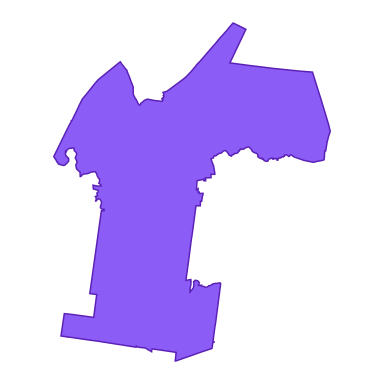 Calugareni, Giurgiu, Romania (Mercator projection)
{"feature_id": "2599482B39711091097472", "entity_name": "Calugareni", "entity_type": "district", "adm_level": 2, "iso_a3": "ROU", "parent_name": "Romania", "parent_adm1": "Giurgiu", "projection": "mercator", "projection_center": [25.989, 44.147], "detail": "fine", "context": "isolated", "style": "filled", "palette": "violet", "viewbox_px": 384, "rotation_deg": 0, "n_neighbors": 0, "source": "geoboundaries", "source_scale": "gbopen_adm2", "svg_char_len": 5821}
<svg xmlns="http://www.w3.org/2000/svg" viewBox="0 0 384 384"><path d="M175.2,360.9L175.7,361.0L201.6,351.9L211.6,348.6L211.9,348.5L212.0,348.3L212.8,342.9L213.1,342.6L214.1,342.2L214.1,341.9L213.1,342.2L212.9,342.1L215.1,325.5L215.5,323.6L220.7,283.7L220.2,283.0L219.4,282.8L217.4,283.4L215.9,283.3L213.9,283.8L213.0,283.8L210.8,285.3L210.4,285.5L208.8,285.7L207.8,286.7L206.8,287.1L204.9,287.2L204.0,286.5L202.2,286.3L201.6,286.1L201.6,285.2L198.5,285.4L199.3,282.9L198.8,281.9L197.9,280.9L195.2,280.2L193.5,281.9L193.9,283.3L193.6,286.7L193.2,288.2L190.0,292.0L190.0,289.4L190.9,284.4L191.0,281.1L190.6,281.1L190.8,279.5L185.9,280.4L188.4,262.4L191.4,238.9L191.8,236.9L192.8,229.8L196.0,205.7L200.0,205.9L200.1,205.6L200.3,205.6L200.5,201.2L201.7,201.3L202.5,195.9L203.0,194.8L202.9,193.8L203.0,193.3L199.4,193.5L199.3,192.1L198.1,192.1L198.1,188.9L197.1,189.9L196.5,190.0L196.5,188.6L196.7,187.4L196.7,185.0L196.9,182.6L197.2,180.6L201.1,179.9L204.0,179.1L203.9,179.7L203.8,180.7L205.7,180.8L205.6,178.8L205.5,177.9L211.0,177.7L211.0,174.3L214.8,174.3L214.8,173.0L213.5,165.4L213.3,165.3L211.0,159.0L211.7,158.6L212.7,158.2L213.5,157.8L213.6,157.7L213.5,156.9L213.9,156.2L214.6,155.7L215.5,155.9L215.9,155.8L216.6,155.3L217.0,154.7L218.0,154.3L218.7,153.7L219.4,153.4L220.6,153.3L222.0,152.5L222.4,152.1L222.8,151.4L223.2,151.1L223.5,151.0L224.6,150.7L225.4,150.7L226.0,150.9L226.3,151.1L228.3,153.6L229.2,155.2L229.5,155.4L230.6,155.5L231.2,156.2L231.4,156.2L231.6,156.0L231.9,155.4L232.2,154.9L233.0,154.6L233.8,154.5L234.3,153.8L234.5,153.5L234.9,153.4L235.7,153.5L236.0,153.5L237.0,153.0L237.7,152.9L237.8,152.8L238.5,151.8L238.6,150.9L239.4,151.0L239.5,150.9L239.7,150.6L240.0,149.4L240.4,149.0L240.7,148.9L241.0,148.9L241.6,149.3L241.8,149.4L242.2,149.3L242.6,149.1L243.0,149.0L243.9,149.1L244.1,148.9L244.3,148.5L244.7,148.2L245.6,147.9L246.5,147.4L248.6,147.0L249.2,147.2L249.9,147.9L251.2,149.3L251.7,150.0L252.0,150.9L252.5,151.5L253.9,152.4L256.7,153.5L257.3,154.0L257.8,154.8L257.9,155.6L257.7,156.1L257.7,156.4L258.0,156.9L259.4,157.9L260.5,158.4L261.3,158.6L261.9,158.1L262.1,158.5L262.2,159.0L262.4,159.3L263.4,159.1L263.6,159.6L263.9,160.3L264.1,160.5L265.2,161.0L266.2,161.3L267.2,161.3L267.9,161.0L268.1,160.8L268.3,160.5L268.5,159.8L268.9,159.1L269.2,158.9L270.3,158.6L272.6,158.1L273.1,158.2L272.7,159.0L272.9,159.2L273.4,159.2L274.4,158.7L274.7,158.6L276.6,158.7L276.9,158.9L276.8,160.0L277.1,160.1L277.8,160.2L278.1,158.7L278.4,158.2L278.8,158.1L280.3,158.0L281.0,157.8L281.3,157.5L281.7,156.9L281.9,156.7L282.1,156.7L283.2,157.0L283.8,156.7L284.4,156.2L284.4,155.2L284.5,155.0L285.7,155.1L286.4,154.9L287.4,155.3L288.4,156.1L289.0,156.5L289.3,156.3L290.4,155.0L291.0,154.8L291.4,154.9L292.3,155.7L293.6,156.6L295.1,157.3L304.0,160.4L313.3,162.3L318.1,161.2L322.0,160.5L324.1,159.8L324.2,158.2L324.5,156.6L324.4,155.1L324.7,152.6L324.7,150.9L325.7,150.9L327.1,142.2L328.7,135.9L330.0,132.4L330.2,131.0L328.6,124.5L325.5,114.2L321.9,102.3L320.8,98.6L318.7,92.1L318.0,89.8L312.5,72.1L298.5,71.0L272.4,68.3L248.8,65.4L229.9,62.9L245.9,29.3L233.2,23.0L232.6,23.5L228.6,28.1L227.2,30.0L220.4,37.5L218.2,40.1L217.5,41.0L215.2,43.8L213.1,46.1L200.0,61.3L197.9,63.4L197.3,64.1L196.3,65.1L195.9,65.8L190.6,72.1L186.1,76.8L183.2,79.2L166.9,91.3L163.0,92.4L163.1,92.9L163.9,94.2L163.9,94.9L163.8,95.2L163.5,95.4L163.2,95.7L163.4,96.0L163.8,96.4L163.9,96.8L163.7,97.3L162.0,98.4L161.9,98.6L161.8,98.9L162.0,99.1L162.8,99.2L163.0,99.4L163.1,99.5L162.4,101.0L162.2,101.3L161.7,101.3L161.5,101.2L155.1,100.6L147.3,99.1L146.1,99.7L145.1,100.0L143.8,100.8L143.3,101.3L142.8,101.9L140.8,103.3L140.6,103.5L140.5,104.6L140.0,105.0L139.6,105.2L139.4,105.1L138.3,103.9L137.9,103.0L137.2,101.5L136.3,99.8L135.9,99.0L135.1,98.3L134.9,97.7L134.5,96.7L133.7,95.4L133.4,94.7L133.3,93.2L133.2,88.9L133.3,87.3L132.5,85.2L132.1,84.0L131.0,81.4L129.4,76.9L127.6,72.6L126.7,69.9L125.2,68.6L124.6,67.6L122.9,65.4L122.1,64.6L121.6,63.7L120.3,61.8L119.2,62.6L102.1,76.5L97.9,80.0L94.0,84.6L86.7,93.8L82.2,99.2L80.8,102.1L79.2,105.2L78.3,107.3L78.2,107.6L75.8,112.6L71.8,120.7L71.3,120.8L71.4,121.0L71.3,121.3L70.9,122.2L69.5,124.6L66.4,130.8L53.8,156.5L54.7,158.3L55.2,158.6L56.3,160.6L56.9,161.9L57.8,162.8L58.3,163.8L59.1,164.4L59.9,164.2L60.9,165.0L61.7,165.0L63.7,165.5L64.7,165.2L67.2,162.9L68.2,161.7L68.6,161.1L68.7,160.7L68.7,160.3L68.7,159.5L68.7,158.8L68.6,158.4L68.3,158.0L68.1,157.9L67.8,157.9L67.6,157.8L67.3,157.0L65.9,155.9L66.0,155.5L65.7,155.1L65.5,153.9L65.5,152.0L65.8,152.5L66.3,151.7L66.7,150.4L68.1,149.0L69.4,148.4L71.4,148.3L72.4,148.0L74.0,148.1L74.0,149.9L74.5,150.9L75.9,152.2L76.3,152.8L76.5,153.4L76.6,153.8L76.4,155.4L75.3,157.5L75.4,158.3L75.9,159.1L77.0,161.8L77.0,162.2L76.4,163.8L75.8,165.0L76.4,168.2L76.6,168.8L76.9,169.3L79.6,171.8L80.0,172.0L80.2,176.5L80.6,176.6L81.0,176.4L81.2,176.2L81.8,175.3L82.5,174.6L84.0,174.1L85.3,173.8L87.0,173.8L89.9,172.7L90.9,172.2L91.8,172.0L95.5,171.7L97.0,174.8L97.1,175.4L97.3,176.0L98.3,177.8L98.5,178.3L99.5,179.0L99.5,180.2L99.7,180.9L98.8,183.3L99.8,183.9L100.8,184.9L101.2,185.9L97.7,186.1L93.0,185.2L93.4,189.0L98.2,190.3L98.2,191.8L97.9,192.3L97.0,192.9L96.9,193.4L97.4,195.8L95.4,196.5L96.0,197.2L96.1,197.9L96.1,199.7L95.6,200.9L95.9,201.1L96.7,200.2L98.0,199.0L99.7,198.9L100.9,200.6L101.6,202.6L101.5,203.2L100.7,205.5L100.4,206.9L100.5,207.8L101.3,208.7L102.2,209.1L104.1,209.3L104.1,210.7L101.4,210.7L89.8,293.6L96.7,294.5L93.7,317.4L74.0,314.7L66.2,313.8L64.3,313.6L61.0,336.0L67.2,336.9L67.2,337.0L67.7,337.1L68.2,337.0L90.4,340.2L99.2,341.4L136.1,347.2L136.3,346.2L137.2,346.8L138.9,347.3L143.6,347.8L145.4,348.1L146.5,348.7L148.9,350.2L151.0,351.3L151.6,351.7L151.9,349.1L152.0,349.0L153.0,349.0L158.7,349.8L174.3,352.1L175.1,352.3L175.4,352.6L175.5,352.3L176.2,352.4L175.2,360.9Z" fill="#8b5cf6" stroke="#5b21b6" stroke-width="1.5"/></svg>